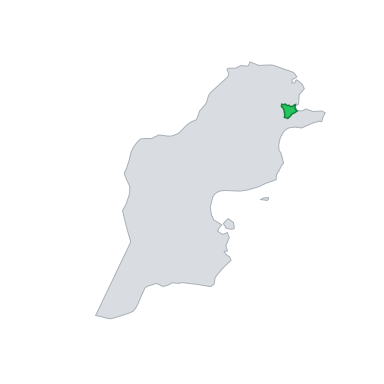 location of Ben Arous (Tunis Sud) within Tunisia, rotated 38°
{"feature_id": "TUN-104", "entity_name": "Ben Arous (Tunis Sud)", "entity_type": "Governorate", "adm_level": 1, "iso_a3": "TUN", "parent_name": "Tunisia", "parent_adm1": "", "projection": "mercator", "projection_center": [10.195, 36.63], "detail": "fine", "context": "in_parent", "style": "filled", "palette": "green", "viewbox_px": 384, "rotation_deg": 38, "n_neighbors": 0, "source": "natural_earth", "source_scale": "10m", "svg_char_len": 3089}
<svg xmlns="http://www.w3.org/2000/svg" viewBox="0 0 384 384"><g transform="rotate(38 192 192)"><path d="M264.8,221.7L264.7,222.9L263.4,231.1L263.1,234.1L262.9,239.2L262.9,245.2L265.8,250.3L265.9,252.5L264.8,255.1L259.4,258.1L252.4,261.9L246.5,265.6L239.9,269.5L237.9,272.1L234.7,274.1L232.0,276.1L231.5,277.9L229.6,281.5L227.1,284.4L220.9,285.7L219.8,286.6L216.9,290.9L215.6,292.6L213.9,296.1L216.0,305.2L218.6,314.6L219.1,318.4L219.1,321.7L217.6,325.2L214.3,330.2L211.9,333.8L207.2,340.4L205.9,342.0L202.7,343.9L196.5,346.4L192.1,348.7L189.9,338.7L188.0,330.1L186.4,323.0L183.7,310.6L181.3,299.9L179.0,289.3L176.9,279.7L174.7,269.9L173.8,268.5L167.4,263.9L161.5,259.6L155.4,254.8L148.7,249.5L147.7,242.9L144.3,232.8L140.7,227.2L139.3,225.8L132.1,222.1L127.9,219.5L126.7,217.9L125.9,213.8L122.9,205.6L119.5,198.2L118.3,193.2L118.1,186.8L118.8,182.2L120.3,180.3L127.4,174.5L130.6,167.6L134.7,165.0L138.2,163.1L141.1,160.8L143.6,157.2L145.5,153.2L145.9,149.0L146.7,142.3L148.0,137.6L151.0,132.3L149.7,128.0L148.1,123.3L148.6,115.3L148.2,112.0L146.9,109.1L145.6,105.4L145.5,102.3L146.8,94.1L147.8,87.9L149.3,79.8L148.8,77.5L147.6,75.8L144.2,74.0L144.1,72.9L145.0,71.7L150.1,67.7L152.8,61.9L155.1,60.7L158.5,58.5L158.4,56.3L157.6,53.8L166.7,51.1L175.3,43.8L178.3,42.0L198.3,35.3L200.9,35.8L203.8,36.8L203.0,39.3L201.8,41.3L203.5,44.7L205.9,42.6L205.3,41.2L205.2,39.3L209.3,39.1L212.9,39.4L216.9,41.5L216.6,49.4L221.9,57.1L220.4,60.9L224.8,63.2L228.7,60.5L230.6,56.5L237.7,54.1L244.5,48.2L248.3,47.6L249.1,52.5L250.9,56.7L248.4,58.2L245.1,62.7L238.9,74.1L233.2,77.4L228.9,81.8L227.6,84.9L227.1,88.5L228.2,95.0L231.3,101.5L234.9,105.5L238.4,106.7L246.5,113.0L246.3,116.7L247.4,121.1L247.9,126.4L250.7,130.6L244.7,139.9L241.4,146.6L235.0,155.7L229.3,161.7L217.0,170.5L214.0,173.4L212.1,176.4L211.2,179.6L211.5,183.3L215.5,192.4L220.9,197.7L226.3,200.6L235.8,199.5L235.5,203.0L236.2,207.1L240.0,206.9L242.6,206.3L244.8,202.2L249.4,205.0L251.8,213.5L255.7,216.2L256.2,217.1L254.8,217.8L253.7,218.8L254.9,219.4L258.7,220.5L260.9,219.8L264.8,221.7ZM244.7,198.0L243.8,198.2L242.0,199.4L241.1,199.6L238.4,198.2L237.4,198.2L236.1,197.3L236.6,192.1L237.0,190.7L243.4,190.5L246.9,193.6L247.5,194.4L247.7,195.2L246.0,197.0L244.7,198.0ZM256.5,152.4L250.8,155.6L251.9,152.8L255.6,149.4L256.6,150.2L256.5,152.4Z" fill="#d9dde1" stroke="#a8b0b8" stroke-width="1"/><path d="M219.0,60.5L219.1,60.4L219.7,59.4L220.5,61.1L221.4,62.4L222.7,63.2L224.5,63.4L225.0,63.3L224.9,63.6L224.1,66.4L222.7,69.2L222.6,69.7L222.7,70.0L222.9,71.1L222.2,75.1L221.3,75.2L221.0,75.3L220.7,75.4L219.3,76.2L219.2,76.3L218.8,76.3L218.5,75.8L218.4,75.6L218.3,75.3L218.4,75.2L218.1,74.5L214.8,71.5L214.7,71.3L213.7,70.5L212.2,69.9L211.6,69.6L211.1,69.6L210.8,69.7L210.5,69.8L210.2,69.7L209.6,69.3L209.4,69.0L208.7,67.6L209.2,67.5L209.9,67.0L211.7,65.1L212.1,65.3L212.5,65.3L213.0,65.3L213.8,65.2L214.0,65.1L214.2,64.9L214.8,64.1L215.0,64.0L215.3,63.9L215.9,64.0L216.2,64.0L216.6,64.0L216.9,63.9L217.1,63.8L217.4,63.6L217.9,63.1L218.4,62.8L218.6,62.3L219.1,60.7L219.0,60.5Z" fill="#22c55e" stroke="#15803d" stroke-width="1.5"/></g></svg>